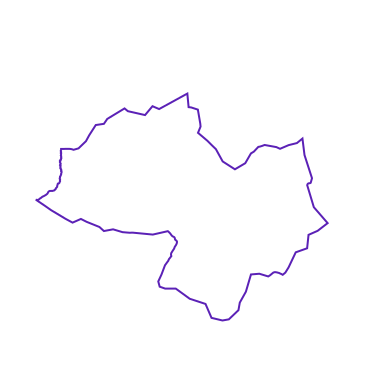 Uyanga, Övörhangay, Mongolia (orthographic projection), rotated 225°
{"feature_id": "93677404B10592046266618", "entity_name": "Uyanga", "entity_type": "district", "adm_level": 2, "iso_a3": "MNG", "parent_name": "Mongolia", "parent_adm1": "Övörhangay", "projection": "orthographic", "projection_center": [102.144, 46.409], "detail": "fine", "context": "isolated", "style": "outline", "palette": "violet", "viewbox_px": 384, "rotation_deg": 225, "n_neighbors": 0, "source": "geoboundaries", "source_scale": "gbopen_adm2", "svg_char_len": 3928}
<svg xmlns="http://www.w3.org/2000/svg" viewBox="0 0 384 384"><g transform="rotate(225 192 192)"><path d="M89.2,116.8L79.6,122.7L75.9,128.0L75.6,141.3L80.0,147.6L83.4,159.6L92.0,175.4L86.6,181.8L78.4,186.2L77.9,188.4L77.7,190.7L77.5,192.6L76.7,194.0L75.1,195.2L74.2,195.7L73.2,196.3L71.7,196.8L70.8,197.2L70.0,197.4L69.3,197.6L69.0,201.0L70.4,207.0L76.0,222.7L70.8,233.6L79.3,244.1L75.7,253.4L74.1,265.9L95.1,267.4L115.4,278.3L115.6,278.8L115.8,279.2L115.9,279.7L115.8,280.3L115.7,280.6L115.4,280.9L115.0,281.4L114.7,281.9L114.6,282.5L116.9,286.6L138.6,297.7L151.7,307.9L152.4,300.8L156.8,293.5L160.3,284.8L164.1,283.4L173.9,276.6L175.0,274.2L176.1,272.1L177.0,270.8L176.9,267.0L176.8,264.3L177.6,261.0L177.2,259.4L174.7,250.0L177.7,238.4L191.9,235.3L205.4,239.2L211.3,239.1L217.3,239.1L229.6,238.1L232.2,244.3L234.5,246.2L246.1,254.4L252.4,251.2L254.4,249.6L264.9,258.3L273.9,227.4L280.6,224.7L279.6,213.2L294.5,203.8L298.8,203.4L303.6,183.8L302.5,177.9L307.4,171.3L304.8,159.4L302.9,152.9L303.1,142.6L305.6,138.1L307.2,137.3L308.5,136.4L309.3,135.7L310.5,134.5L315.0,129.9L314.5,129.4L314.3,129.2L314.2,128.7L313.8,128.2L313.5,128.1L313.3,127.9L312.9,127.8L312.6,127.5L312.4,127.3L312.4,127.0L312.4,126.8L312.3,126.7L312.2,126.7L311.8,126.7L311.6,126.6L310.9,125.6L310.7,125.3L310.6,125.1L310.3,125.1L310.0,125.0L309.7,124.8L309.5,124.3L309.2,124.1L309.0,123.9L308.8,123.8L308.6,123.8L308.5,123.7L308.5,123.4L308.3,123.3L308.1,123.2L308.0,122.9L307.9,122.6L307.9,122.2L307.5,122.1L307.4,121.9L307.5,121.6L307.6,121.3L307.5,120.9L307.5,120.7L307.3,120.6L307.0,120.6L306.8,120.5L306.7,120.3L306.7,119.8L306.6,119.7L306.3,119.6L305.9,119.6L305.5,119.4L305.3,119.2L304.9,119.2L304.7,119.0L304.6,118.7L304.7,118.3L304.6,118.2L304.4,117.8L304.1,117.9L303.8,117.9L303.6,117.8L303.4,117.6L303.4,117.4L303.4,117.2L303.2,117.1L303.0,116.9L302.9,116.7L302.5,116.5L302.4,116.5L302.3,116.3L302.2,115.9L302.0,115.7L301.8,115.6L301.2,115.6L300.8,115.6L300.7,115.5L300.5,115.2L300.3,115.2L300.0,115.2L299.7,115.0L299.5,114.7L299.5,114.3L299.3,114.1L299.1,114.1L298.7,114.2L298.2,113.8L297.9,113.3L297.7,112.8L297.6,112.5L297.3,112.3L297.0,112.0L296.9,111.5L296.7,111.2L296.4,110.8L296.3,110.4L296.3,110.0L296.3,109.8L296.2,109.5L295.7,109.1L295.5,108.6L295.2,108.1L295.0,107.9L294.9,107.8L294.3,107.8L294.0,107.4L293.8,107.0L293.5,106.7L293.0,106.5L292.8,106.1L292.7,105.6L292.5,105.2L292.3,104.9L292.2,104.5L292.2,104.1L292.3,103.8L292.7,103.4L292.7,102.9L292.6,102.6L292.3,102.3L292.2,102.1L292.1,101.8L292.0,101.7L291.9,101.5L291.8,101.3L291.7,101.1L291.6,100.9L291.4,100.7L291.2,100.6L291.0,100.3L291.0,100.0L290.9,99.5L290.9,99.1L290.9,98.7L290.9,98.4L290.7,98.1L290.5,97.8L290.5,97.6L290.5,97.4L290.6,97.1L290.5,96.7L290.6,96.4L290.5,96.2L290.5,95.9L290.6,95.5L290.8,95.2L291.1,94.8L291.2,94.5L291.4,94.1L291.8,93.7L292.2,93.4L292.4,93.1L292.7,92.8L293.0,92.5L293.3,92.2L293.5,91.8L293.6,91.3L293.7,90.7L293.4,89.7L293.1,88.8L293.1,87.9L293.2,87.3L293.2,86.9L293.4,86.1L294.0,83.9L294.4,83.1L294.5,82.3L294.6,81.5L294.6,81.1L294.7,80.7L294.9,80.1L295.0,78.4L295.5,77.2L297.0,76.1L286.4,78.2L278.9,79.5L262.5,83.6L254.8,85.9L251.5,94.4L245.4,96.4L232.7,101.8L226.7,102.1L221.4,109.8L212.7,114.5L207.5,118.9L205.1,121.4L189.6,134.2L181.4,147.2L180.5,147.3L180.1,147.3L179.4,147.3L178.4,147.3L177.6,147.2L176.4,147.0L175.6,146.9L175.1,146.9L174.8,146.9L174.6,146.9L173.9,147.1L173.1,147.4L172.5,147.5L171.7,147.3L171.2,147.0L170.7,146.6L170.0,146.4L169.5,146.4L168.8,146.6L167.8,146.4L167.7,146.4L167.5,146.2L166.8,145.5L166.2,144.3L165.8,143.1L165.5,141.5L165.4,141.0L164.6,139.3L164.4,138.4L164.3,137.9L164.2,137.2L163.9,136.0L163.5,134.2L163.2,133.7L162.5,132.8L161.9,132.4L161.3,132.1L161.2,131.4L161.0,129.9L160.9,129.1L160.9,128.6L160.4,127.1L160.1,126.5L160.0,125.5L159.3,121.1L155.2,112.0L152.6,104.9L147.9,102.2L142.7,104.7L135.2,112.2L118.1,114.9L103.3,122.4L89.2,116.8Z" fill="none" stroke="#5b21b6" stroke-width="2"/></g></svg>